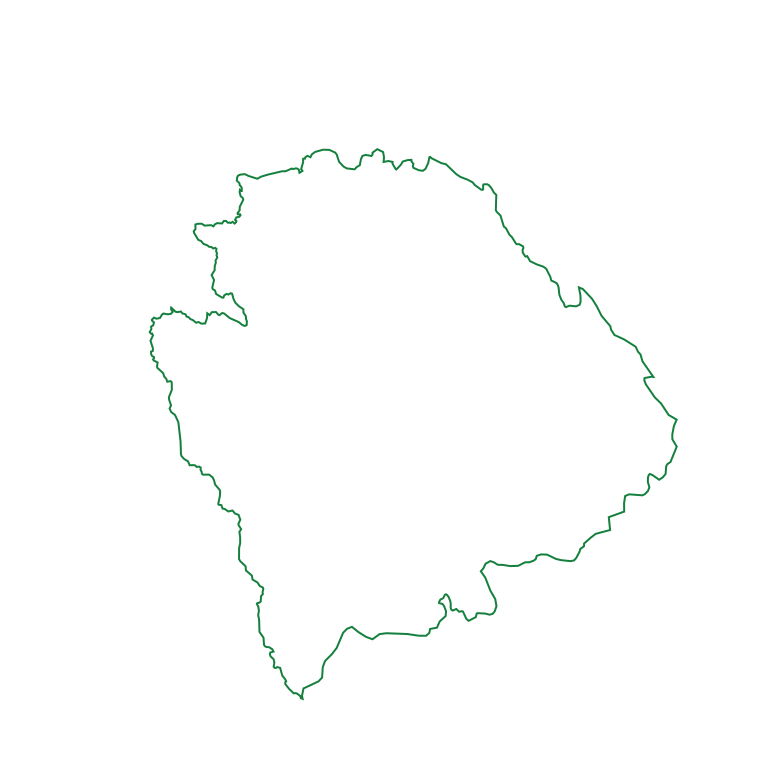 the district of Fandriana, Amoron'i Mania, Madagascar, rotated 150°
{"feature_id": "10022922B23434626058692", "entity_name": "Fandriana", "entity_type": "district", "adm_level": 2, "iso_a3": "MDG", "parent_name": "Madagascar", "parent_adm1": "Amoron'i Mania", "projection": "robinson", "projection_center": [47.379, -20.289], "detail": "fine", "context": "isolated", "style": "outline", "palette": "green", "viewbox_px": 768, "rotation_deg": 150, "n_neighbors": 0, "source": "geoboundaries", "source_scale": "gbopen_adm2", "svg_char_len": 6166}
<svg xmlns="http://www.w3.org/2000/svg" viewBox="0 0 768 768"><g transform="rotate(150 384 384)"><path d="M397.7,135.3L395.2,142.1L395.2,151.8L393.1,165.7L393.8,173.4L390.2,174.6L385.9,177.6L380.5,177.5L378.1,174.8L375.9,170.6L371.1,167.6L365.9,163.3L358.9,159.5L350.9,159.0L347.2,156.9L342.6,156.2L340.2,156.5L337.6,158.8L333.2,157.9L328.1,154.7L322.5,146.5L318.7,142.9L311.0,137.3L307.6,136.2L304.6,137.2L298.9,140.7L296.4,143.0L291.9,143.5L290.5,145.8L282.1,147.5L275.6,148.4L261.2,144.5L255.9,156.3L239.8,153.4L235.7,160.7L231.2,166.4L226.9,165.9L215.9,158.4L213.0,158.2L208.9,159.4L205.8,161.9L204.5,167.2L202.2,171.0L200.1,172.9L198.6,173.1L196.8,170.5L193.6,163.5L189.2,163.8L185.1,165.3L180.9,171.5L178.9,172.9L174.9,173.2L161.8,183.4L161.9,192.0L159.6,196.1L153.9,202.7L148.4,206.8L153.0,214.9L153.8,228.5L156.2,237.1L157.4,252.8L156.7,257.2L155.3,258.9L148.6,256.5L147.2,255.4L148.8,274.3L147.1,281.4L147.9,284.9L147.4,290.4L153.8,302.6L159.9,311.2L160.2,317.5L159.1,320.9L161.5,334.1L160.9,345.0L161.2,353.6L164.3,366.8L166.9,370.2L169.6,362.5L171.5,358.9L172.9,356.6L175.0,354.8L178.8,355.2L184.2,359.1L187.9,359.6L188.6,360.6L187.9,364.3L188.3,368.2L187.5,373.6L184.5,380.4L183.9,384.1L184.5,385.8L187.4,390.0L186.4,393.5L185.9,402.7L187.3,405.9L191.9,411.2L196.1,417.4L196.0,423.1L197.6,423.4L197.9,424.0L198.1,428.2L197.2,430.5L195.2,432.2L194.8,433.7L197.1,437.6L198.9,438.5L199.5,439.5L199.8,447.3L200.7,450.3L200.5,458.0L201.5,460.4L198.9,471.7L200.3,476.7L200.2,478.7L192.2,491.6L193.1,494.8L193.1,500.5L193.8,503.9L194.9,505.5L198.0,507.1L198.8,506.6L200.7,503.1L201.6,502.9L202.6,503.6L205.9,510.9L206.4,514.3L209.4,519.1L214.2,525.0L216.4,529.4L220.5,543.4L223.9,546.6L229.8,555.5L230.5,557.6L231.3,557.7L235.1,553.4L240.4,549.6L243.8,549.2L247.0,551.8L250.4,556.4L250.3,557.9L248.4,560.0L248.9,563.0L248.2,564.4L251.6,566.1L256.6,567.3L259.4,565.6L266.0,563.6L266.4,564.1L266.5,568.6L266.3,571.1L265.5,572.0L268.7,574.9L273.3,576.5L270.6,580.4L268.8,585.3L272.4,590.7L278.2,590.1L279.3,588.4L280.9,587.8L285.4,591.6L288.7,592.3L291.6,590.2L295.5,585.6L299.4,585.5L302.0,584.6L302.8,585.1L308.5,589.4L310.3,592.5L311.8,598.8L310.2,606.5L310.6,608.9L314.3,614.1L319.7,617.4L327.5,619.4L331.6,619.0L334.3,617.2L336.3,619.9L338.8,619.7L339.7,618.7L341.4,619.5L343.0,616.7L348.3,611.5L348.1,609.3L351.6,609.2L350.6,612.1L351.2,613.7L352.5,614.8L355.2,615.6L356.2,616.7L363.0,617.5L365.9,619.2L379.9,623.4L386.7,625.0L391.1,625.1L397.1,631.7L399.6,635.3L403.8,637.2L406.3,637.4L408.2,636.0L409.8,633.7L408.8,630.3L409.5,628.5L409.0,625.4L410.6,622.3L411.4,622.6L411.7,624.1L413.1,622.5L414.2,618.4L413.3,615.5L413.8,613.9L420.2,609.7L422.3,606.5L425.4,605.2L425.7,604.1L423.8,603.0L423.9,601.9L425.7,601.2L428.6,602.1L430.9,600.6L430.3,599.0L431.2,598.1L433.1,597.6L434.0,600.1L436.4,600.1L437.0,601.1L438.6,601.7L439.3,604.2L441.1,605.3L444.0,604.0L448.2,606.8L450.8,606.8L452.9,605.8L454.3,608.0L460.2,610.9L461.7,613.9L465.4,616.0L467.6,616.4L469.8,612.4L472.4,611.4L472.9,609.8L472.8,601.8L470.9,599.2L470.3,595.6L467.6,592.3L466.8,590.2L465.0,589.0L464.1,586.7L462.1,586.3L461.5,584.8L463.0,583.0L463.2,580.9L464.6,579.3L465.1,577.0L468.3,575.0L468.9,573.2L471.5,570.9L473.8,567.2L478.8,564.6L479.2,559.0L484.4,553.5L484.9,552.0L483.6,549.4L484.4,545.9L481.0,539.8L479.9,539.1L478.1,540.6L475.5,540.8L474.0,539.3L471.4,539.3L470.4,538.2L471.8,532.8L472.1,528.7L470.7,523.7L468.4,519.0L470.0,516.2L469.7,511.8L471.0,509.4L471.4,506.8L473.5,503.7L475.6,503.9L477.3,506.2L478.8,510.2L484.6,518.2L487.2,525.0L488.6,526.4L492.1,525.9L492.9,527.1L493.5,530.3L497.2,532.3L500.5,530.8L501.7,533.6L504.2,529.7L508.6,525.8L512.0,527.6L513.6,530.4L516.1,531.0L517.5,534.8L519.2,537.0L519.8,539.5L521.3,541.1L521.0,543.5L523.3,546.0L523.7,548.4L526.8,549.4L528.4,550.8L530.1,556.5L530.9,555.5L531.0,552.1L533.4,551.3L536.3,552.4L539.8,555.3L541.4,555.2L545.0,553.2L548.4,554.3L550.0,556.5L552.9,555.7L553.2,554.7L552.4,552.4L554.5,550.2L557.0,550.2L558.0,547.9L561.0,546.0L560.5,543.9L559.6,543.6L559.8,541.6L564.6,538.2L566.2,530.8L567.1,528.9L567.8,528.2L569.5,528.6L570.8,526.2L570.8,524.1L569.7,522.3L570.2,521.3L571.7,520.8L571.7,519.6L569.3,515.8L571.9,512.6L572.2,511.3L569.8,503.8L570.6,500.4L570.0,497.2L570.5,494.3L567.6,493.3L567.0,492.5L567.2,491.2L570.6,485.1L576.9,480.1L578.0,477.6L579.1,472.0L582.0,469.9L582.3,466.0L580.5,461.7L581.2,453.7L588.9,436.0L595.0,424.6L595.4,422.6L594.5,418.8L592.4,415.1L592.9,410.8L589.4,408.9L588.3,408.0L587.7,405.9L585.6,405.0L584.5,403.3L585.8,401.3L585.8,399.1L586.6,397.3L586.1,396.0L580.8,393.0L579.1,388.8L579.3,385.8L580.5,381.3L579.3,374.7L579.6,372.9L582.0,369.2L587.6,362.9L587.4,362.0L585.4,360.4L586.1,356.8L584.5,355.5L582.5,351.4L578.5,350.2L577.8,346.3L575.4,343.4L576.3,338.3L579.9,335.8L580.5,334.6L580.3,329.7L583.2,328.2L585.1,323.4L588.1,318.1L591.5,314.4L597.1,304.8L597.1,302.4L595.0,295.4L596.8,291.5L594.2,284.2L595.6,280.4L592.8,275.3L592.6,271.3L590.7,268.3L590.9,267.0L593.3,264.4L593.9,262.7L596.6,261.7L599.4,257.4L600.9,256.9L603.2,257.6L604.1,257.1L604.1,254.3L605.7,250.2L608.6,246.6L610.0,242.3L615.8,231.6L615.2,224.5L618.3,218.2L618.2,216.3L617.2,214.9L615.1,213.5L613.4,210.2L613.5,207.5L616.7,208.3L618.0,207.1L618.4,204.7L617.2,200.8L618.2,197.6L620.9,194.4L620.8,193.1L619.8,192.2L618.1,192.3L615.9,190.1L617.9,182.2L617.2,177.6L617.4,175.4L618.7,175.1L619.5,173.3L618.6,167.3L616.8,161.2L615.0,160.5L614.0,159.1L612.6,155.9L613.0,153.3L611.9,152.0L611.0,154.9L605.9,160.6L589.5,159.2L584.4,160.7L578.6,169.4L573.5,173.6L564.2,176.1L556.9,179.1L543.8,189.0L538.4,190.5L533.2,189.7L530.2,182.0L526.0,174.0L521.6,168.7L512.9,169.6L506.6,167.0L488.8,155.8L480.0,148.8L473.4,144.9L469.2,145.8L466.5,148.8L460.0,146.5L454.5,150.5L446.7,152.2L443.9,156.1L443.0,161.7L443.3,164.3L445.8,166.6L445.4,167.6L443.0,169.1L439.8,168.9L436.9,170.9L435.7,171.0L435.0,170.2L434.5,167.6L435.1,163.1L436.1,160.2L437.9,157.4L438.5,155.7L438.3,154.2L437.7,153.4L433.9,153.0L432.8,149.2L430.1,148.3L429.4,147.4L430.1,139.4L429.1,136.6L421.1,136.2L418.4,138.9L417.3,138.6L411.0,134.5L408.0,131.5L405.0,130.6L401.9,131.7L397.7,135.3Z" fill="none" stroke="#15803d" stroke-width="2"/></g></svg>